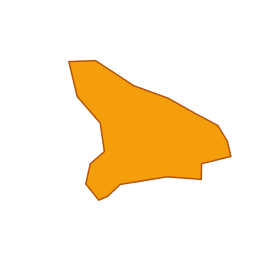 the border of Kecskemét, rotated 139°
{"feature_id": "HUN-4915", "entity_name": "Kecskemét", "entity_type": "Urban county", "adm_level": 1, "iso_a3": "HUN", "parent_name": "Hungary", "parent_adm1": "", "projection": "orthographic", "projection_center": [19.681, 46.9], "detail": "fine", "context": "isolated", "style": "filled", "palette": "amber", "viewbox_px": 256, "rotation_deg": 139, "n_neighbors": 0, "source": "natural_earth", "source_scale": "10m", "svg_char_len": 393}
<svg xmlns="http://www.w3.org/2000/svg" viewBox="0 0 256 256"><g transform="rotate(139 128 128)"><path d="M106.4,41.2L130.6,65.6L171.0,90.6L188.1,89.8L197.4,92.7L196.6,113.5L180.0,125.7L161.3,125.7L145.7,150.0L145.7,185.0L129.1,216.9L108.3,200.2L95.9,156.1L78.2,124.2L67.9,95.3L58.6,71.0L61.7,52.8L69.0,39.1L95.9,52.8L106.4,41.2Z" fill="#f59e0b" stroke="#b45309" stroke-width="1.5"/></g></svg>